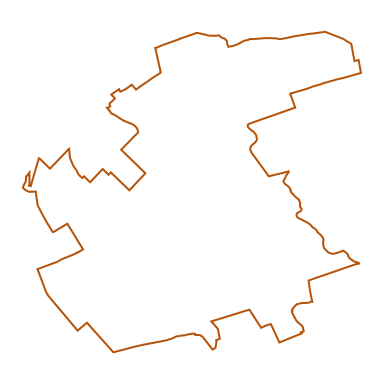 the district of Daneasa, Olt, Romania
{"feature_id": "2599482B91026732160109", "entity_name": "Daneasa", "entity_type": "district", "adm_level": 2, "iso_a3": "ROU", "parent_name": "Romania", "parent_adm1": "Olt", "projection": "orthographic", "projection_center": [24.592, 44.122], "detail": "fine", "context": "isolated", "style": "outline", "palette": "amber", "viewbox_px": 384, "rotation_deg": 0, "n_neighbors": 0, "source": "geoboundaries", "source_scale": "gbopen_adm2", "svg_char_len": 5892}
<svg xmlns="http://www.w3.org/2000/svg" viewBox="0 0 384 384"><path d="M312.3,301.8L310.9,295.5L309.7,288.4L308.6,280.5L318.5,277.0L355.2,264.4L356.9,264.0L358.6,263.8L359.2,263.4L359.2,263.2L358.8,262.9L356.7,262.3L354.3,261.5L353.7,261.2L350.3,258.8L349.0,257.6L348.7,256.8L348.1,255.8L347.9,254.8L347.7,254.4L346.5,253.1L345.7,252.4L344.3,251.5L343.5,250.7L343.2,250.7L342.8,250.9L340.6,251.6L338.2,252.5L337.5,252.8L336.5,253.1L333.2,253.9L332.4,253.8L330.0,253.1L328.3,252.5L327.9,252.2L327.2,251.3L324.9,249.1L324.3,248.4L323.9,247.6L323.6,246.8L323.5,245.4L323.4,244.8L323.2,244.3L323.1,242.1L323.5,240.5L323.5,239.9L323.4,239.3L323.1,238.2L322.6,237.3L320.9,235.2L320.0,234.3L319.0,233.5L318.2,232.8L317.3,231.8L316.8,230.7L315.5,229.3L314.6,228.5L313.6,227.8L312.7,227.4L312.2,227.0L311.9,226.7L311.2,225.5L309.6,224.1L306.8,222.2L304.0,220.9L302.8,220.1L301.7,219.5L299.2,218.5L298.4,218.1L297.5,217.3L297.0,216.6L296.7,215.9L296.6,215.2L296.6,214.1L296.8,213.7L297.4,213.0L298.0,212.6L299.6,211.8L300.4,211.2L301.1,210.6L301.5,210.0L301.7,209.6L301.6,209.0L301.2,208.3L300.6,207.5L300.1,206.7L299.9,206.0L299.9,205.7L300.0,205.3L300.1,203.9L300.1,202.3L299.7,201.7L299.3,201.4L299.2,201.2L299.2,199.9L299.0,199.7L296.6,197.8L294.9,196.4L294.5,196.0L293.6,194.8L293.2,194.5L291.9,193.2L291.0,192.0L290.6,191.1L290.5,190.9L290.7,190.7L290.8,190.2L290.7,189.7L290.3,189.2L289.7,188.0L288.4,186.5L285.2,184.1L284.4,183.1L283.6,181.7L283.5,181.3L283.5,180.9L283.6,180.6L284.5,179.1L284.8,178.6L286.1,175.9L286.6,174.9L287.3,174.1L287.6,173.6L288.5,172.6L288.6,172.1L288.4,171.6L288.4,171.4L287.2,171.9L286.0,172.1L268.8,176.3L251.5,152.6L251.3,152.2L251.0,151.3L250.4,150.0L250.3,149.2L250.3,148.0L250.6,147.0L250.9,146.6L252.6,144.5L253.4,144.0L254.8,142.8L256.5,140.7L256.8,139.9L256.9,139.4L256.8,138.3L256.7,137.6L256.4,137.0L256.4,136.3L256.4,135.9L256.4,135.7L255.7,134.3L255.4,134.0L254.6,133.2L254.0,132.3L253.1,131.4L252.7,131.1L251.7,130.7L251.1,129.9L250.6,129.5L249.4,128.7L248.8,128.1L248.4,127.6L248.0,127.0L247.8,126.3L247.7,125.5L247.9,124.8L247.9,124.6L249.0,123.8L295.2,107.6L290.2,93.7L290.9,93.4L292.8,92.9L306.0,89.1L312.9,86.5L322.0,83.9L322.0,83.6L336.0,79.7L345.7,77.3L357.6,73.9L361.0,73.0L360.9,72.5L358.6,60.0L354.5,61.0L352.6,51.3L351.4,44.1L351.0,43.7L343.7,39.2L342.7,38.7L339.3,37.3L338.3,37.0L336.0,36.0L334.4,35.5L330.3,33.8L324.6,31.7L324.2,31.7L322.8,32.2L320.9,32.4L314.0,33.4L312.1,33.6L309.5,33.8L306.3,34.3L299.0,35.6L296.6,35.9L294.3,36.3L287.9,37.7L283.6,38.5L281.3,39.1L280.5,39.1L279.6,39.1L276.5,38.4L269.3,38.1L265.6,38.1L264.5,38.1L262.6,38.3L260.9,38.5L256.5,38.8L253.4,39.1L250.3,39.0L249.9,39.0L248.4,39.8L247.3,40.1L245.3,40.4L243.5,41.1L240.2,42.9L238.9,43.7L236.2,44.8L235.0,45.2L233.7,45.7L230.9,46.3L228.4,46.9L228.0,45.6L227.2,44.3L227.1,42.8L227.0,41.8L226.6,40.8L226.4,40.3L225.5,39.6L225.0,38.9L224.7,38.5L223.1,38.3L222.4,38.0L221.6,37.5L220.4,36.6L219.2,35.5L219.1,35.3L218.3,35.6L214.7,35.8L209.1,35.6L208.2,35.5L207.7,35.4L206.7,35.0L205.5,34.6L204.9,34.5L203.9,34.4L198.5,33.1L197.1,32.8L196.6,32.9L195.0,33.5L193.3,34.2L190.2,35.2L189.0,35.5L185.2,37.0L183.4,37.5L179.4,39.0L177.8,39.7L167.4,43.4L163.3,44.8L156.3,47.8L155.2,48.0L155.6,49.3L157.5,58.0L157.7,59.1L158.3,61.5L159.4,66.5L160.2,69.8L160.3,70.3L160.3,70.8L160.4,71.0L160.6,71.5L160.8,72.3L160.5,72.8L151.4,78.7L148.0,81.2L143.7,84.1L139.4,87.1L136.0,89.6L131.8,84.7L125.9,89.0L121.0,91.5L120.3,91.7L119.2,89.2L111.7,94.2L111.2,94.6L113.4,96.7L114.9,98.4L112.7,100.7L110.5,102.7L109.6,103.6L109.6,104.8L109.7,105.2L110.2,106.2L109.7,106.5L109.0,107.4L107.0,107.8L107.7,108.6L108.9,110.0L110.3,111.7L110.5,112.1L110.7,112.6L110.9,113.0L111.1,113.3L113.4,114.3L115.5,115.4L120.0,118.5L122.5,119.9L123.4,120.6L125.9,121.6L132.2,124.1L133.7,125.0L134.7,125.8L135.9,126.9L136.8,128.2L137.7,129.9L138.2,132.5L136.9,133.6L121.2,149.7L145.3,173.2L145.3,173.4L129.4,190.3L110.7,172.3L108.5,174.7L102.7,169.0L90.1,182.3L87.2,179.5L84.1,176.3L82.4,178.0L79.2,175.2L78.5,174.3L77.9,173.3L77.2,171.6L76.5,170.3L75.8,169.3L75.3,168.7L74.6,167.7L73.9,166.8L72.6,164.2L71.1,160.7L70.1,158.0L69.7,155.7L69.6,154.2L69.2,148.8L68.6,149.2L63.8,154.3L63.6,154.4L50.0,168.7L40.0,158.9L38.9,158.3L34.6,172.7L30.8,186.1L29.0,185.7L29.4,184.1L29.5,181.6L29.4,176.3L29.4,172.6L26.9,175.9L26.0,176.5L26.1,179.1L25.7,181.6L24.0,184.8L23.6,185.3L23.3,186.2L23.0,187.7L23.1,188.0L23.5,188.5L25.8,190.2L29.0,191.8L35.8,191.6L36.1,194.8L37.5,204.0L37.5,205.0L37.9,205.9L38.9,207.6L41.2,212.2L43.9,217.2L46.8,222.4L49.2,226.2L50.6,228.7L52.3,231.5L52.8,232.0L53.7,231.9L54.2,231.6L67.3,223.7L67.7,224.3L74.1,234.7L76.6,238.7L77.2,239.9L83.1,249.4L77.4,252.7L77.3,252.4L77.1,252.4L76.3,253.1L73.8,254.4L71.1,255.5L69.7,256.0L69.2,256.3L63.2,258.6L59.8,260.3L58.3,261.3L57.0,261.9L37.5,269.1L41.8,280.4L45.5,290.6L46.2,292.2L47.7,294.8L48.5,296.0L77.6,330.6L86.9,322.7L113.4,352.3L134.6,346.7L145.0,344.4L167.2,340.2L169.4,339.2L171.2,338.9L173.2,338.0L175.7,336.7L176.8,336.3L179.3,336.1L180.4,335.7L181.9,335.6L184.5,335.3L189.5,334.1L191.4,333.8L193.4,333.6L194.2,333.6L194.9,333.8L194.9,334.4L195.0,334.7L195.2,334.9L195.5,335.0L195.9,334.9L196.8,335.0L198.7,335.0L200.0,335.3L200.7,335.4L201.0,335.8L202.6,336.8L212.2,349.1L212.9,349.6L213.4,349.2L215.5,347.8L215.5,347.4L216.4,342.5L216.4,341.4L216.3,340.6L216.1,340.3L219.8,338.7L217.9,329.0L217.6,328.6L215.4,326.0L211.3,321.4L245.0,311.0L249.4,309.7L255.2,318.6L261.1,327.8L265.6,325.7L270.3,324.2L270.9,324.1L279.4,342.5L300.8,333.8L301.8,333.2L301.0,332.3L303.7,331.3L302.9,327.6L302.6,326.6L302.1,326.0L301.6,325.5L297.5,321.9L296.4,320.8L292.5,313.4L292.2,312.8L292.0,311.7L292.0,311.1L292.3,311.2L292.4,309.1L292.6,309.1L292.7,308.9L293.1,308.2L293.5,307.6L295.2,305.8L296.1,304.9L297.6,304.0L299.0,303.8L300.6,303.3L301.7,303.1L308.5,302.8L308.8,302.7L311.1,301.6L312.3,301.8Z" fill="none" stroke="#b45309" stroke-width="2"/></svg>